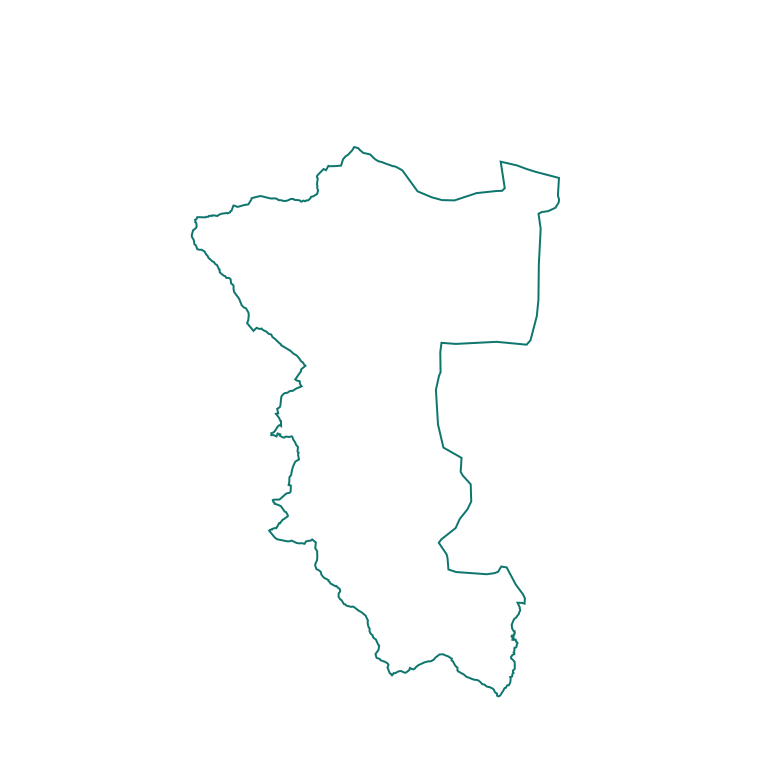 the district of Buciumeni, Dâmbovita, Romania, rotated 115°
{"feature_id": "2599482B58085044870447", "entity_name": "Buciumeni", "entity_type": "district", "adm_level": 2, "iso_a3": "ROU", "parent_name": "Romania", "parent_adm1": "Dâmbovita", "projection": "mercator", "projection_center": [25.46, 45.165], "detail": "fine", "context": "isolated", "style": "outline", "palette": "teal", "viewbox_px": 768, "rotation_deg": 115, "n_neighbors": 0, "source": "geoboundaries", "source_scale": "gbopen_adm2", "svg_char_len": 6154}
<svg xmlns="http://www.w3.org/2000/svg" viewBox="0 0 768 768"><g transform="rotate(115 384 384)"><path d="M317.2,623.4L317.2,622.6L317.5,622.1L320.2,620.4L322.1,620.4L324.3,621.3L325.1,622.0L330.1,621.2L331.8,620.3L333.8,617.4L337.5,614.8L337.9,613.1L340.7,610.2L340.4,608.2L339.4,606.0L339.7,602.8L341.8,599.8L342.5,597.9L343.8,596.5L345.4,591.4L345.3,589.8L346.6,587.6L346.7,585.7L350.2,581.5L350.0,581.3L352.2,580.0L352.5,579.2L353.5,575.1L353.4,573.3L354.5,571.8L353.4,569.3L353.8,567.4L357.5,565.0L358.0,562.7L358.6,561.8L361.3,560.6L363.8,558.9L368.1,551.2L372.7,546.3L373.9,543.2L373.7,541.1L376.7,536.9L378.7,535.7L383.5,534.0L386.7,533.8L391.0,524.8L386.9,523.2L386.8,520.2L385.5,518.4L386.2,516.6L386.3,512.4L387.3,509.8L386.8,507.2L388.6,504.8L389.4,501.2L391.1,496.4L391.7,494.0L392.3,493.7L393.5,482.6L394.7,479.0L395.1,474.9L397.1,470.8L398.4,468.9L398.8,466.5L400.1,464.7L400.7,462.9L405.8,465.3L407.3,464.6L417.4,466.4L417.7,464.4L417.1,461.6L419.0,460.5L420.3,459.1L420.9,457.7L425.2,461.6L428.9,463.9L429.0,464.6L430.3,466.4L432.7,467.8L434.3,470.2L436.9,471.4L438.8,471.7L447.7,468.7L449.1,468.7L451.6,470.3L455.3,467.5L456.7,469.3L459.0,464.9L461.2,462.3L461.1,461.8L465.6,459.5L465.4,461.0L465.6,461.5L467.7,462.4L472.8,463.0L474.8,463.8L476.1,465.3L478.0,464.5L476.9,462.3L477.0,459.3L473.8,459.5L473.5,456.8L474.9,456.8L475.1,453.0L474.6,451.6L473.6,451.2L473.0,450.4L472.1,447.6L470.4,445.5L471.1,444.2L472.6,442.9L474.5,439.8L476.3,437.9L477.5,435.3L481.6,433.9L482.6,432.9L482.4,432.4L484.4,432.0L488.3,429.2L491.9,431.6L496.5,431.6L500.4,431.1L505.9,429.7L508.5,430.3L512.4,428.6L515.9,427.7L515.3,426.0L515.5,425.5L521.0,423.1L522.4,423.5L524.0,425.7L525.1,426.5L532.9,429.9L535.4,435.0L536.2,435.7L537.9,434.1L537.9,433.0L538.8,432.6L538.3,428.8L538.3,425.8L541.6,420.1L541.5,418.6L543.6,415.7L544.6,415.3L549.5,418.1L549.8,418.5L554.4,419.5L554.4,420.2L560.2,420.7L560.2,421.4L562.6,424.1L563.1,423.9L564.6,425.9L565.5,426.1L569.3,418.1L569.9,415.3L567.4,405.1L566.6,403.3L565.0,401.6L565.0,396.0L564.4,393.8L562.7,390.4L562.6,388.7L562.1,388.3L559.9,388.3L558.7,387.1L556.9,384.2L555.3,383.4L556.4,378.8L561.9,376.9L563.8,373.9L569.3,371.2L572.1,370.2L576.1,370.2L577.6,369.7L580.3,367.0L580.3,364.7L580.8,362.5L581.3,361.6L583.1,360.3L584.5,357.8L585.0,356.0L585.2,351.4L586.1,351.0L586.4,349.7L587.4,348.2L587.8,342.6L587.3,342.0L587.5,340.7L588.1,340.0L588.3,337.9L589.4,336.6L590.6,336.1L593.1,336.5L596.0,335.3L597.7,332.7L597.8,331.2L600.4,327.4L600.1,325.8L600.6,324.9L600.7,324.0L599.9,319.7L599.0,318.5L598.8,317.0L600.1,311.2L600.3,308.2L601.7,302.8L605.3,298.5L606.5,298.3L608.6,297.1L610.9,295.2L611.7,293.6L614.0,292.8L615.4,291.3L616.3,289.5L616.4,288.4L618.2,286.7L618.6,285.6L619.0,283.4L622.6,279.2L623.2,277.8L627.3,276.6L632.3,277.6L634.6,275.7L635.3,274.9L635.1,272.7L635.2,271.2L635.8,270.4L635.4,265.7L635.6,263.0L636.5,261.3L639.5,261.0L643.0,257.3L643.7,256.3L643.8,255.1L644.7,253.9L644.6,253.5L642.0,253.1L641.3,251.5L639.0,250.0L637.7,248.6L636.9,247.1L637.0,244.1L636.7,242.7L636.2,242.1L632.6,240.2L630.4,240.5L630.5,238.1L630.2,236.7L628.7,235.7L627.6,235.6L624.4,234.1L619.1,229.6L616.4,226.3L615.6,224.4L612.7,222.3L610.3,221.8L605.7,219.4L604.0,216.3L604.0,213.2L603.7,210.9L604.3,206.4L605.9,206.0L606.3,204.2L609.1,200.5L609.9,198.4L609.9,197.6L612.6,196.4L613.1,195.4L613.6,188.5L614.5,185.8L614.0,177.7L613.0,174.7L612.8,173.2L613.5,170.3L614.5,168.3L614.0,165.7L614.7,163.6L614.5,161.3L614.1,160.6L614.1,157.0L614.5,155.5L616.2,153.5L616.7,152.4L616.8,150.7L618.5,149.9L618.9,149.2L618.6,148.1L617.3,147.1L610.7,146.2L609.2,146.3L608.5,146.1L607.9,145.2L605.1,145.0L604.2,143.5L601.4,143.4L598.7,144.2L596.9,145.0L596.3,145.8L595.0,144.3L592.5,145.0L591.4,145.1L591.1,144.6L589.7,145.9L588.7,145.9L587.4,145.2L586.4,145.3L580.7,148.1L579.4,151.0L579.0,152.8L577.8,153.5L575.3,153.1L573.8,151.8L573.0,151.9L572.5,153.1L570.5,153.1L568.4,154.2L567.9,154.2L567.0,153.1L566.0,152.9L563.9,153.6L562.5,153.4L561.8,154.3L561.8,155.2L560.1,156.6L560.6,157.4L560.1,158.2L561.2,158.5L561.5,159.6L559.4,160.0L559.1,161.5L558.6,161.8L557.8,161.7L557.5,160.0L556.2,160.5L555.8,160.1L555.0,160.4L554.3,160.2L553.8,161.0L552.9,161.1L553.1,162.2L551.5,164.5L548.3,166.5L542.3,166.8L539.8,165.6L535.3,164.6L533.8,165.0L531.9,164.8L531.1,165.1L530.2,166.1L529.0,166.6L525.8,170.5L524.0,166.3L523.7,163.8L518.7,165.7L515.9,169.1L510.1,179.8L498.4,195.3L499.9,200.6L505.8,201.2L508.5,203.6L513.0,210.5L523.9,239.1L524.9,247.2L514.7,253.0L511.9,255.3L504.7,267.3L500.4,266.3L484.3,258.2L474.2,258.3L462.3,255.4L453.6,255.3L438.3,263.0L433.7,273.9L431.2,277.4L418.2,282.5L416.5,303.3L397.8,318.0L367.3,334.5L353.3,337.6L349.4,337.7L331.5,346.4L322.4,349.3L317.3,335.8L298.2,299.8L288.1,271.4L282.5,269.7L257.9,274.2L242.5,279.6L210.2,294.2L177.1,307.6L164.4,315.9L161.4,313.6L158.0,308.3L151.8,303.1L145.7,302.4L142.8,303.3L139.8,306.0L123.3,312.5L127.6,335.9L128.9,345.8L129.7,355.9L133.2,372.2L155.5,357.3L159.1,358.7L161.3,363.2L171.8,380.7L187.8,397.7L192.8,409.1L194.6,419.5L195.2,435.0L182.6,457.7L182.1,464.9L182.5,467.4L183.0,468.4L183.0,471.2L183.4,473.6L183.8,479.9L184.5,483.3L184.0,487.2L181.8,493.7L183.3,500.5L182.2,504.6L181.1,507.0L181.9,511.2L185.7,511.6L191.3,513.4L193.8,515.0L197.6,516.1L204.2,515.2L207.3,520.6L209.8,525.7L209.8,526.6L214.7,526.9L214.7,529.6L223.3,532.6L224.7,532.4L225.6,531.0L231.4,529.1L232.4,528.2L234.9,527.2L236.3,525.6L240.0,524.9L243.8,527.4L245.3,529.3L246.8,529.2L249.7,530.4L250.4,532.0L251.5,532.5L251.8,533.0L251.8,534.4L252.2,535.0L253.6,535.8L253.8,536.4L253.2,538.1L255.0,543.2L254.6,544.5L255.8,546.8L258.2,548.7L259.6,550.3L260.2,552.0L260.7,552.7L260.8,554.5L261.9,557.3L261.4,559.6L262.2,562.2L263.2,563.7L263.9,565.7L265.7,575.1L267.5,577.6L271.4,582.4L273.3,582.2L278.6,582.9L280.6,586.0L285.2,591.3L285.5,592.2L285.5,594.8L286.0,595.9L291.5,595.4L292.4,596.2L293.5,596.1L294.6,597.0L295.5,597.9L295.5,598.8L298.2,603.0L299.6,604.5L302.2,606.1L302.8,608.6L303.8,611.0L304.4,611.0L305.5,613.6L306.8,614.0L307.6,615.8L308.4,616.2L311.7,623.7L313.9,623.7L315.0,624.6L316.1,623.7L317.2,623.4Z" fill="none" stroke="#0f766e" stroke-width="2"/></g></svg>